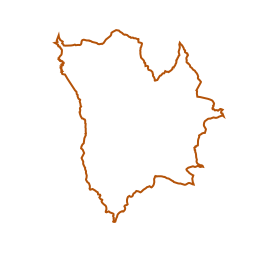 the district of Chiconcuautla, Puebla, Mexico, rotated 103°
{"feature_id": "50627088B56968228277870", "entity_name": "Chiconcuautla", "entity_type": "district", "adm_level": 2, "iso_a3": "MEX", "parent_name": "Mexico", "parent_adm1": "Puebla", "projection": "orthographic", "projection_center": [-97.965, 20.086], "detail": "fine", "context": "isolated", "style": "outline", "palette": "amber", "viewbox_px": 256, "rotation_deg": 103, "n_neighbors": 0, "source": "geoboundaries", "source_scale": "gbopen_adm2", "svg_char_len": 5695}
<svg xmlns="http://www.w3.org/2000/svg" viewBox="0 0 256 256"><g transform="rotate(103 128 128)"><path d="M222.7,121.2L222.5,119.8L222.1,119.3L218.6,119.1L217.1,118.7L215.3,118.7L214.0,118.3L212.1,117.1L210.6,115.3L210.3,114.7L210.6,114.1L210.3,113.6L208.5,112.7L208.0,112.6L206.7,112.7L205.1,113.9L204.1,113.4L203.2,111.8L202.5,111.2L200.3,112.3L198.3,112.8L196.5,112.8L195.1,112.5L193.9,111.4L194.4,110.2L194.2,109.2L193.6,108.5L193.0,108.2L190.7,107.9L189.2,106.5L187.5,105.7L187.4,103.6L187.9,101.5L187.2,100.7L184.6,99.0L182.8,97.2L181.3,96.1L180.5,94.6L179.9,94.0L180.1,93.2L180.5,92.6L180.6,91.8L180.2,91.4L178.5,90.5L177.1,90.2L174.8,90.2L171.8,91.1L170.6,90.8L169.6,90.8L168.7,90.5L168.9,89.6L168.5,89.3L168.5,88.3L168.2,87.7L167.5,84.3L167.6,81.7L167.4,81.3L168.2,78.8L168.1,77.0L169.6,72.7L169.7,71.9L170.3,71.3L170.7,66.8L170.6,65.4L170.3,64.6L170.6,60.2L170.5,59.7L170.2,59.0L168.2,56.9L167.8,56.2L167.8,54.9L168.3,52.4L168.3,51.3L167.1,52.0L166.6,52.5L162.9,54.0L159.5,53.7L159.1,55.4L158.0,58.2L157.2,59.2L156.3,60.9L155.4,61.7L154.8,61.7L153.1,60.3L150.7,56.1L150.9,54.0L150.7,53.5L149.0,51.2L149.7,49.5L149.6,48.3L148.9,47.3L148.9,46.2L148.3,46.6L147.8,47.6L147.8,48.1L148.1,49.4L147.7,50.0L147.6,51.3L146.7,52.7L145.5,53.6L144.4,53.8L143.6,53.7L141.1,55.0L138.7,55.7L137.1,56.4L136.4,57.0L134.5,57.6L134.5,58.0L134.3,58.2L133.7,58.2L132.3,58.9L131.2,57.8L130.8,58.1L129.9,57.1L129.4,56.1L129.2,56.0L124.7,56.9L123.2,57.0L120.6,56.6L119.3,57.1L117.1,54.9L116.7,54.7L115.8,53.3L115.5,52.0L113.2,51.8L111.6,51.8L108.9,54.4L108.0,54.8L105.9,55.0L104.2,54.7L101.1,52.1L100.6,51.1L100.4,50.0L98.5,47.1L98.4,44.9L98.1,43.9L97.1,42.4L96.5,41.9L95.2,39.8L94.4,39.2L95.1,37.5L92.6,39.2L92.6,39.9L92.2,40.8L90.2,40.9L89.5,40.2L88.9,39.9L88.6,41.9L88.7,42.4L90.9,44.2L90.6,45.0L90.8,46.4L91.3,47.2L91.2,47.6L90.3,48.7L90.3,49.0L90.6,49.7L90.2,50.0L89.6,50.2L87.8,49.6L87.2,50.1L86.1,49.5L85.3,49.8L84.6,49.7L82.8,51.4L82.1,52.6L81.8,54.5L81.6,56.6L81.6,64.5L81.9,67.5L78.8,68.7L76.5,69.0L76.0,69.8L67.1,67.3L66.5,67.4L65.2,69.2L64.9,69.4L64.7,70.2L63.9,71.0L63.5,71.2L62.1,71.2L60.3,72.3L58.7,73.9L58.4,74.5L57.1,75.8L56.5,77.7L55.2,79.2L54.3,81.2L53.0,81.7L51.4,83.9L51.6,84.2L50.8,85.6L50.5,85.8L48.6,86.0L48.4,86.3L46.7,86.9L45.1,86.5L43.9,86.0L43.6,86.4L42.8,86.3L42.4,87.1L41.9,87.2L41.6,88.8L41.3,89.5L40.9,89.7L39.9,89.7L39.6,89.8L39.3,90.2L38.9,91.1L37.5,91.8L35.2,94.0L34.8,95.0L33.3,96.7L35.2,96.8L36.8,96.0L38.2,95.6L42.4,95.8L44.7,94.6L45.7,94.3L46.6,95.0L48.2,95.1L49.0,95.6L50.4,95.6L50.9,96.1L51.8,96.1L52.5,95.7L54.0,95.7L54.8,96.0L56.5,96.2L57.9,96.9L58.7,97.0L58.7,97.7L59.0,98.0L60.1,98.2L60.6,98.0L62.0,98.9L64.4,101.0L64.2,101.6L64.6,102.9L64.2,104.5L66.1,104.9L66.6,105.1L66.8,106.0L67.1,106.5L69.3,107.6L69.9,108.6L71.1,109.1L74.6,110.2L75.8,112.4L75.7,112.6L74.4,112.9L72.5,114.2L72.0,115.0L71.2,115.5L70.1,115.6L69.6,116.1L68.1,116.7L67.1,118.2L66.8,118.9L66.7,121.1L65.2,122.1L63.9,122.1L63.4,122.4L63.2,123.2L63.3,124.2L63.7,124.9L60.8,125.9L60.8,126.7L60.4,127.0L59.4,127.2L58.5,128.0L56.5,131.1L53.5,132.4L52.1,132.9L51.3,132.9L49.9,133.5L48.3,133.5L47.2,133.8L45.9,133.4L42.8,133.3L42.3,133.6L42.1,134.5L42.1,137.0L40.4,137.7L39.7,137.6L39.0,137.9L39.3,138.6L38.9,140.8L39.2,142.6L38.8,143.6L39.3,144.9L39.4,145.7L38.9,146.1L38.8,146.5L39.0,147.2L37.6,149.8L37.6,151.8L37.9,152.1L37.9,152.6L37.6,153.7L36.7,155.1L36.0,157.4L35.1,158.8L35.3,161.6L38.0,164.7L39.0,165.5L41.0,165.4L42.4,165.9L46.8,169.4L50.7,170.9L52.0,172.2L51.9,172.8L52.9,175.0L52.8,176.5L52.2,177.5L52.2,182.4L51.9,182.9L51.6,184.6L51.8,185.2L51.5,185.5L51.5,185.8L52.0,187.8L51.9,190.9L52.6,192.2L53.9,192.7L56.4,192.5L57.4,192.9L58.0,193.6L58.3,195.4L59.1,197.6L58.7,198.5L59.6,200.0L60.4,202.0L61.9,207.7L62.0,209.2L60.9,210.1L60.4,211.2L58.5,211.0L57.5,213.8L55.3,215.6L53.3,216.4L58.7,217.1L59.4,216.3L60.1,216.0L61.5,218.5L62.5,215.0L63.1,215.0L63.3,214.8L63.4,214.4L64.1,214.2L64.3,213.3L64.1,212.8L65.2,212.0L65.3,211.5L65.9,211.2L66.4,210.2L67.7,209.7L70.8,209.3L71.9,209.5L73.5,210.5L75.2,211.0L75.4,211.3L75.9,211.1L76.4,211.3L76.5,210.9L76.9,210.7L76.7,209.9L77.0,209.4L77.7,209.6L78.0,209.3L78.0,208.5L77.6,208.3L77.7,207.0L78.6,206.5L78.5,205.9L78.7,205.4L79.3,205.2L80.3,205.6L80.2,206.3L81.1,207.2L81.6,206.8L81.4,206.4L81.7,206.0L82.0,206.6L82.9,206.8L83.1,207.5L83.5,207.3L83.7,206.7L84.6,207.3L85.5,206.5L85.4,206.2L86.1,206.1L86.3,205.5L87.1,205.2L87.3,205.4L87.6,204.6L88.6,205.5L89.0,204.8L90.0,204.4L90.2,204.0L90.1,201.4L93.6,198.1L103.3,188.0L104.3,186.4L106.4,185.6L107.0,184.9L107.2,184.4L108.4,184.3L110.1,183.2L110.7,182.6L111.0,181.4L111.4,180.9L112.8,181.1L115.4,179.7L116.7,179.3L117.6,178.5L118.9,179.2L120.1,179.2L121.1,178.6L124.0,178.3L124.0,178.5L125.0,178.0L127.0,176.8L129.0,175.0L128.9,174.1L129.5,172.6L129.4,172.2L129.9,171.6L130.3,171.4L133.1,170.7L133.4,170.2L137.0,169.6L137.9,169.1L140.7,168.5L142.7,167.8L143.1,168.2L144.3,167.5L147.8,168.2L152.8,167.7L154.4,168.7L156.6,169.2L158.4,169.1L159.3,167.3L162.3,165.1L167.7,166.5L169.2,165.4L170.7,164.1L173.1,163.6L175.6,161.7L176.4,160.8L177.4,160.7L178.4,160.1L179.5,159.2L181.2,158.9L183.6,157.5L185.9,157.2L187.4,157.4L188.1,157.1L189.9,155.4L190.5,153.9L191.0,153.4L193.1,152.1L195.2,151.7L195.8,151.8L196.6,150.9L195.4,148.8L196.3,146.0L197.0,144.6L197.5,143.0L199.4,142.2L199.3,140.2L200.1,139.7L202.1,140.3L203.5,138.7L203.5,137.6L203.8,136.9L204.4,136.9L205.3,137.3L206.4,136.6L207.7,134.6L208.7,132.4L209.5,131.7L210.2,131.3L212.0,130.7L213.6,130.9L214.4,130.9L214.9,130.7L215.0,130.1L213.6,128.0L214.3,126.5L214.6,124.0L214.9,122.9L216.1,122.4L217.0,122.8L217.3,122.7L218.9,121.5L219.6,121.7L221.0,121.0L222.5,121.4L222.7,121.2Z" fill="none" stroke="#b45309" stroke-width="2"/></g></svg>